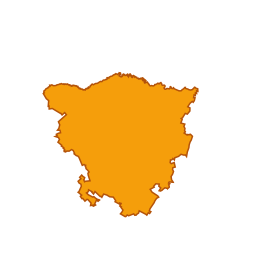 outline of Waterberg, Limpopo, South Africa, rotated 53°
{"feature_id": "47623444B68910643198214", "entity_name": "Waterberg", "entity_type": "district", "adm_level": 2, "iso_a3": "ZAF", "parent_name": "South Africa", "parent_adm1": "Limpopo", "projection": "robinson", "projection_center": [27.237, -24.067], "detail": "fine", "context": "isolated", "style": "filled", "palette": "amber", "viewbox_px": 256, "rotation_deg": 53, "n_neighbors": 0, "source": "geoboundaries", "source_scale": "gbopen_adm2", "svg_char_len": 5755}
<svg xmlns="http://www.w3.org/2000/svg" viewBox="0 0 256 256"><g transform="rotate(53 128 128)"><path d="M149.3,206.5L153.7,205.4L153.9,207.2L156.7,207.3L157.0,206.5L160.5,206.4L160.3,203.7L161.0,203.1L165.4,202.7L165.9,202.9L167.4,204.6L168.9,201.8L169.2,202.8L169.6,202.6L169.5,202.2L169.8,201.8L170.0,200.2L168.7,200.4L166.6,196.5L168.5,196.0L168.4,194.1L167.6,194.4L167.7,195.0L165.5,195.7L165.5,195.9L162.3,196.6L162.0,197.7L157.6,199.8L154.1,200.4L155.5,199.9L154.4,197.3L153.7,196.7L157.2,195.1L157.4,195.5L160.0,195.3L158.9,192.6L166.1,191.4L166.3,190.7L167.6,190.6L166.8,188.9L166.1,187.2L168.9,185.2L171.9,184.0L174.4,181.3L178.6,181.6L179.1,182.7L183.4,180.7L182.8,179.9L184.1,178.9L185.4,181.5L186.9,180.8L187.1,181.4L190.5,181.4L191.4,183.2L192.0,185.7L196.9,183.7L197.4,183.1L197.0,181.0L198.5,180.3L200.0,175.1L201.8,175.1L202.5,173.8L202.2,172.9L202.3,170.7L200.9,168.9L207.6,165.7L208.9,165.4L207.9,162.8L209.3,162.2L208.6,160.1L207.0,160.9L205.7,158.9L203.4,152.2L202.3,150.2L201.4,147.5L201.7,145.1L200.1,145.1L193.7,147.4L190.3,147.2L191.0,142.7L190.0,142.6L189.3,139.4L191.6,136.8L193.0,138.4L195.6,137.9L196.8,140.9L197.9,140.0L198.2,138.4L198.0,136.6L198.0,134.5L200.0,132.9L200.3,133.0L200.1,130.7L199.1,130.0L197.8,129.7L197.7,128.2L196.4,128.8L195.9,127.9L196.0,127.4L198.5,124.6L197.6,124.4L195.7,124.4L192.7,122.8L191.7,120.2L190.1,117.8L188.0,117.4L186.7,116.1L187.6,113.8L183.4,111.9L182.5,114.9L181.0,115.2L179.1,113.3L179.5,113.0L179.8,111.6L179.4,110.5L181.4,110.2L179.9,108.5L181.1,104.7L180.9,101.5L183.4,99.6L184.0,98.4L186.0,98.4L182.8,95.0L180.4,91.3L178.3,89.3L176.6,86.9L175.6,84.6L173.4,81.5L170.6,81.9L170.1,82.9L170.2,83.4L169.1,84.2L169.2,85.0L165.8,86.2L165.6,84.5L164.1,84.4L162.7,82.8L160.4,82.4L159.1,80.3L155.8,82.8L153.8,79.6L152.4,79.8L152.7,78.5L150.8,73.5L152.6,72.3L151.7,68.4L149.2,66.4L147.0,67.5L145.6,63.7L145.4,60.7L146.7,60.5L146.1,58.6L144.2,56.3L143.3,57.4L141.4,55.3L142.6,54.7L140.5,53.0L141.7,52.4L139.5,50.8L140.7,50.1L138.6,48.7L137.1,49.8L135.6,50.1L135.5,50.7L135.9,51.8L135.8,52.5L136.1,53.3L135.4,55.1L134.1,56.3L133.0,56.7L131.2,58.1L130.5,58.2L130.1,57.8L129.8,58.2L130.2,60.3L129.9,61.5L130.3,62.9L129.8,63.9L129.0,64.9L125.0,67.2L124.2,67.5L123.2,67.4L123.2,67.9L123.5,68.5L122.8,69.2L121.4,69.7L121.3,69.0L120.6,69.1L120.5,69.6L121.5,70.6L121.6,71.4L120.2,72.7L119.7,73.6L119.8,74.5L119.2,75.2L118.4,75.3L118.3,75.1L117.7,75.1L117.2,73.5L116.4,73.0L115.5,73.3L114.8,74.6L114.2,74.9L113.7,74.9L112.7,74.4L111.5,74.4L111.3,75.4L111.6,76.2L111.1,76.9L110.5,76.9L110.1,77.4L110.2,78.4L110.1,79.2L109.4,80.5L109.9,81.2L109.7,82.2L109.5,82.7L108.2,83.7L108.1,84.4L107.6,85.0L106.3,85.1L105.8,84.9L105.7,85.1L102.9,84.9L102.2,87.5L101.8,87.6L101.2,87.4L100.7,86.7L101.2,85.9L101.0,85.2L100.0,85.3L99.4,85.8L99.2,86.5L99.6,87.2L99.2,87.6L97.9,87.5L98.3,86.6L98.2,85.8L96.8,86.1L96.6,86.3L96.5,87.0L95.9,87.9L96.1,88.8L95.8,88.9L95.9,89.1L95.5,89.3L95.4,89.9L94.5,89.8L94.3,90.4L93.4,90.8L92.9,90.5L91.7,91.3L91.6,92.0L91.1,91.9L91.2,91.3L89.3,92.1L89.4,93.1L90.2,93.6L90.3,93.9L89.9,94.0L89.8,94.4L89.1,94.3L88.2,93.6L87.9,93.8L87.8,94.5L87.6,94.5L86.9,93.7L86.2,93.7L86.1,94.0L86.5,94.0L86.2,94.3L86.2,95.0L86.5,95.6L86.9,95.4L87.3,96.6L87.1,96.5L86.8,96.9L85.9,96.9L86.0,96.6L85.2,96.1L85.0,96.7L84.7,96.5L84.8,97.9L84.3,98.7L83.3,98.5L83.2,99.0L83.5,99.1L83.2,99.4L82.9,99.4L82.8,99.1L82.1,99.3L82.3,100.1L82.6,100.1L83.3,101.3L83.3,102.0L82.9,102.0L83.1,102.4L82.7,103.0L80.9,103.7L80.6,103.3L80.9,102.1L80.4,102.3L80.0,102.0L80.3,101.3L79.5,100.9L79.0,101.3L78.9,101.8L78.6,101.9L79.0,102.6L78.8,103.4L79.0,104.1L77.3,105.0L77.5,105.7L77.2,105.9L77.3,106.6L76.8,107.8L77.0,108.3L76.9,109.7L76.3,110.8L76.3,111.5L76.1,112.0L76.1,112.6L76.6,113.1L76.2,113.8L75.6,113.9L75.2,114.4L75.3,114.7L76.2,115.1L76.4,115.8L75.8,116.6L75.7,117.7L74.9,118.9L75.2,121.0L74.2,122.0L73.9,125.6L72.9,127.2L72.6,129.6L71.4,130.1L71.3,130.5L71.7,131.6L71.4,132.5L72.1,133.1L72.3,133.9L72.1,134.5L71.6,134.6L71.5,135.1L71.7,135.8L72.5,135.8L71.9,137.4L71.4,137.4L71.2,137.9L71.5,138.3L71.4,138.8L71.8,139.2L71.6,139.3L71.6,139.6L71.1,139.9L71.0,140.4L70.8,140.4L70.3,141.1L69.6,140.9L68.9,141.9L68.1,142.0L68.1,142.7L67.5,142.8L67.2,143.1L67.0,142.7L65.4,143.6L65.1,143.5L65.1,143.1L64.4,143.0L64.1,143.7L63.7,144.0L63.1,143.9L62.8,144.1L62.7,144.9L62.4,145.0L62.0,145.1L61.3,145.5L61.3,146.0L60.9,146.1L60.6,146.6L61.0,147.0L60.9,147.3L60.6,147.9L60.3,147.9L60.3,148.1L59.7,147.9L59.1,148.3L58.9,148.8L58.5,148.6L58.1,148.9L57.9,149.5L56.5,149.7L56.4,150.4L56.2,150.5L56.3,150.7L55.8,151.2L55.3,151.3L55.0,152.4L54.6,152.3L54.3,153.2L53.8,153.2L53.7,153.8L52.3,154.6L52.3,155.5L51.8,155.9L51.7,156.8L50.7,159.0L50.8,159.6L50.2,160.9L49.1,162.3L47.7,162.8L47.5,163.8L46.7,164.8L47.8,165.3L47.5,166.1L47.5,167.5L47.8,167.8L47.3,169.8L47.8,171.4L47.9,172.1L47.7,172.5L48.7,173.7L49.5,173.7L49.5,174.9L55.4,175.6L58.4,174.9L62.6,178.6L62.9,177.9L65.4,179.5L66.9,176.7L75.8,173.1L75.8,172.8L77.9,172.8L77.6,169.3L80.3,169.2L81.1,179.8L84.4,180.6L86.7,183.5L87.3,185.6L88.9,183.7L91.2,184.7L90.3,186.7L89.9,189.0L91.5,189.2L91.0,191.2L93.7,189.3L95.9,189.6L97.2,192.5L101.9,191.3L102.3,192.1L105.0,191.2L105.3,191.9L105.9,191.6L107.2,191.7L107.2,192.0L107.9,192.2L107.8,192.9L108.4,193.1L109.6,192.2L109.3,191.8L109.7,190.7L111.1,188.8L111.3,186.0L113.0,185.3L116.1,186.0L116.2,186.6L119.0,185.9L120.1,185.0L121.7,184.8L130.3,187.0L130.7,185.1L131.8,184.8L132.3,184.3L133.1,185.3L134.1,185.3L135.2,186.0L137.5,185.6L139.7,185.6L140.0,187.2L141.8,188.2L147.3,190.1L144.9,194.1L144.8,195.0L142.6,194.5L142.7,194.1L141.5,192.4L139.6,193.1L137.7,193.3L138.3,196.3L140.2,196.1L140.5,199.9L142.4,200.2L144.6,199.4L146.5,200.4L149.3,205.5L149.3,206.5Z" fill="#f59e0b" stroke="#b45309" stroke-width="1.5"/></g></svg>